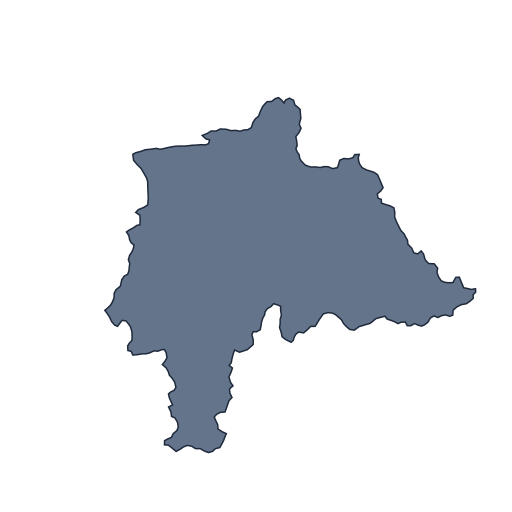 outline of Alfredo Chaves, Espírito Santo, Brazil, rotated 150°
{"feature_id": "56859067B34972821288679", "entity_name": "Alfredo Chaves", "entity_type": "district", "adm_level": 2, "iso_a3": "BRA", "parent_name": "Brazil", "parent_adm1": "Espírito Santo", "projection": "orthographic", "projection_center": [-40.823, -20.568], "detail": "fine", "context": "isolated", "style": "filled", "palette": "slate", "viewbox_px": 512, "rotation_deg": 150, "n_neighbors": 0, "source": "geoboundaries", "source_scale": "gbopen_adm2", "svg_char_len": 4381}
<svg xmlns="http://www.w3.org/2000/svg" viewBox="0 0 512 512"><g transform="rotate(150 256 256)"><path d="M166.8,126.4L163.7,126.2L159.7,124.2L159.9,120.0L156.8,118.2L152.4,118.2L150.4,115.3L147.7,112.5L144.6,112.1L140.2,112.7L136.1,115.1L131.8,115.1L129.3,111.8L125.0,111.5L121.3,110.2L118.3,106.9L115.2,106.4L112.4,110.5L107.3,111.5L102.5,111.2L97.7,109.5L93.5,109.8L89.1,110.7L87.3,113.9L83.8,114.9L82.3,117.9L86.3,119.4L89.3,122.3L92.0,124.6L91.6,128.0L91.1,131.8L90.5,136.0L93.6,137.6L98.8,134.5L103.2,136.9L106.0,139.2L108.0,141.9L108.3,146.6L107.5,151.3L104.8,154.6L105.5,160.1L110.2,163.1L111.4,168.1L109.9,173.9L110.4,177.8L114.9,177.0L117.8,179.8L117.2,184.9L118.5,190.2L116.9,194.1L116.9,197.6L116.7,201.3L117.8,205.6L117.5,211.2L117.2,215.7L116.4,220.6L114.0,224.3L112.5,228.8L114.9,232.5L118.5,236.3L120.9,239.1L119.2,242.4L121.4,245.2L119.8,249.2L115.6,249.9L111.8,251.6L111.0,257.6L110.1,265.6L111.9,269.4L114.2,272.0L117.0,274.9L120.0,279.6L120.3,283.8L119.5,287.3L118.2,290.1L115.8,292.4L119.7,294.4L123.0,292.7L127.4,293.8L131.1,296.5L135.6,297.1L138.4,294.3L141.4,291.8L146.0,293.4L148.9,297.3L152.4,299.4L156.1,300.5L160.4,303.7L163.7,305.4L165.9,307.6L168.0,310.3L169.3,315.7L169.3,318.9L168.0,322.0L168.3,325.4L167.8,329.0L165.1,331.1L163.4,334.9L161.8,339.5L156.8,341.5L153.1,344.1L152.8,348.1L150.7,350.6L148.4,352.7L146.3,357.2L144.5,361.0L145.5,364.2L146.8,367.5L145.6,372.1L148.2,376.0L152.5,376.3L155.2,374.5L156.0,378.6L157.3,381.9L160.7,382.7L165.1,382.0L169.2,384.1L172.9,383.1L175.7,382.0L179.9,379.1L183.9,375.8L188.0,375.1L191.7,373.3L195.9,369.5L200.1,369.5L203.5,371.2L207.4,372.0L210.7,374.9L215.0,377.1L218.5,380.7L223.5,383.9L228.2,384.2L232.4,386.7L237.0,386.5L242.3,387.3L240.9,382.5L238.1,379.8L240.9,377.0L244.2,377.5L248.0,379.9L251.8,381.7L256.1,383.9L259.4,385.3L262.9,386.9L267.2,389.4L271.0,391.4L275.5,393.1L278.9,394.2L283.0,395.4L285.8,396.4L288.4,399.0L293.5,401.0L298.8,403.4L304.0,404.3L308.5,405.6L311.9,405.6L314.2,400.0L313.2,394.7L311.8,389.3L311.7,382.5L311.8,377.9L312.7,374.5L315.3,369.7L320.3,360.1L324.2,354.4L328.9,354.2L334.7,355.0L338.4,353.9L336.2,349.3L338.1,345.5L340.9,341.1L343.9,342.1L348.6,341.7L352.3,341.9L356.2,341.6L355.9,337.3L357.3,333.3L357.5,329.9L356.2,326.5L358.3,324.0L361.0,321.8L365.1,319.8L368.4,316.6L369.1,312.6L371.2,309.9L373.4,306.8L376.3,304.3L380.0,304.5L384.0,302.7L388.6,297.7L394.1,296.8L397.3,294.8L399.9,290.7L403.6,287.8L406.8,286.1L410.3,285.2L414.1,284.5L413.6,280.8L413.4,276.1L413.8,271.3L412.9,266.7L411.0,264.3L408.1,265.6L404.1,267.2L401.0,264.7L400.4,261.0L400.1,257.6L401.2,252.8L403.2,248.8L405.7,244.9L409.4,243.8L412.1,242.3L414.2,238.2L411.8,235.8L412.2,231.8L407.9,229.8L403.8,228.3L399.9,226.2L396.2,225.2L391.9,224.9L388.5,222.6L385.0,222.1L382.2,221.0L382.1,217.4L383.9,212.4L387.6,210.3L391.4,208.8L389.7,203.9L389.8,199.6L390.6,196.1L389.8,192.4L389.5,187.4L391.0,182.3L394.1,180.6L397.6,180.9L400.7,180.4L401.9,176.8L402.4,172.4L402.7,168.7L407.2,169.0L407.7,163.3L409.4,159.3L407.2,156.4L407.1,151.4L408.7,147.0L411.7,144.4L416.5,143.6L419.8,141.2L423.7,141.7L427.5,141.8L429.7,138.2L426.4,136.0L424.7,131.6L422.9,126.7L418.0,126.6L414.2,126.9L410.2,126.3L406.8,123.4L404.7,119.4L400.6,117.0L398.1,112.7L395.4,109.5L391.2,108.5L387.6,109.5L383.2,108.2L379.1,110.6L376.2,112.5L373.7,114.6L370.5,117.0L373.2,120.8L375.4,125.2L373.5,129.1L373.2,133.3L372.7,137.4L369.2,138.6L365.1,138.4L360.8,136.4L358.1,138.7L355.1,141.3L351.7,144.2L347.5,145.5L347.2,150.1L345.4,154.2L340.9,155.0L341.2,159.6L339.8,165.0L337.2,166.7L334.8,168.6L332.4,170.8L334.0,174.7L330.8,175.9L328.5,178.7L324.8,182.5L321.6,185.3L318.4,180.9L310.4,179.2L302.8,180.7L300.4,184.5L299.0,189.7L296.3,191.9L293.5,190.1L289.2,190.0L287.0,192.5L284.2,196.0L281.3,198.7L277.9,200.8L275.9,203.2L272.7,204.7L268.3,204.7L264.6,205.9L261.7,202.7L259.8,200.2L261.9,196.5L263.6,192.1L266.8,189.0L268.8,185.5L271.4,182.2L272.3,177.5L273.8,173.0L272.2,169.0L268.7,163.7L265.9,164.3L263.5,166.6L260.9,168.2L257.2,168.9L253.2,165.6L248.3,166.5L243.8,167.7L240.0,165.5L237.1,167.0L232.8,169.4L226.6,172.2L222.0,171.0L218.7,168.6L216.6,165.8L215.3,162.3L213.9,158.1L213.9,153.8L213.2,150.3L211.6,145.6L207.9,142.6L202.1,143.3L195.7,141.8L190.9,140.6L187.2,141.1L183.5,141.8L178.2,140.4L174.5,139.4L174.0,135.8L171.0,132.4L168.8,129.7L166.8,126.4Z" fill="#64748b" stroke="#1e293b" stroke-width="1.5"/></g></svg>